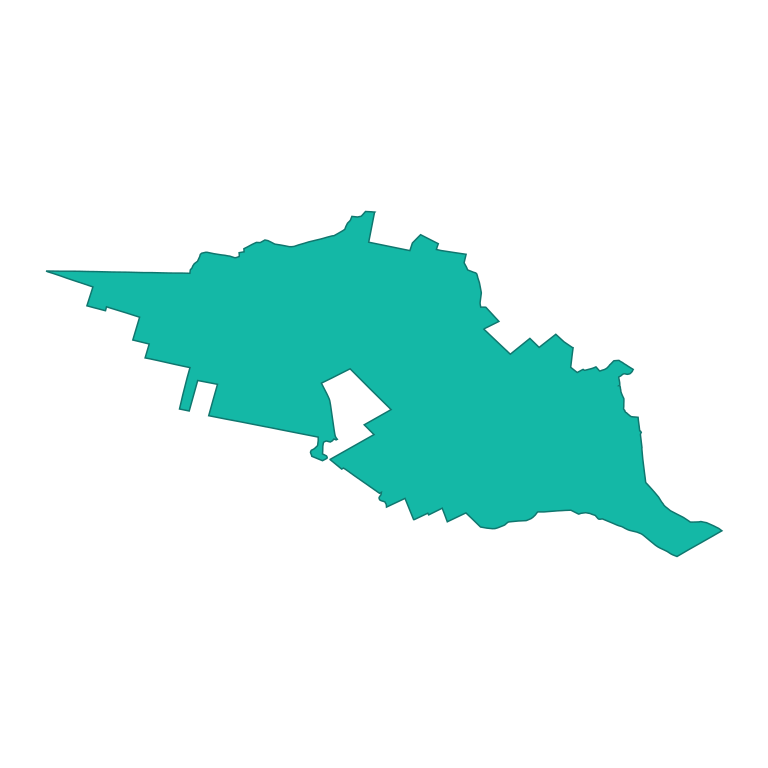 Doba, Satu Mare, Romania (Equal Earth projection)
{"feature_id": "2599482B56088376040975", "entity_name": "Doba", "entity_type": "district", "adm_level": 2, "iso_a3": "ROU", "parent_name": "Romania", "parent_adm1": "Satu Mare", "projection": "equal_earth", "projection_center": [22.698, 47.743], "detail": "fine", "context": "isolated", "style": "filled", "palette": "teal", "viewbox_px": 768, "rotation_deg": 0, "n_neighbors": 0, "source": "geoboundaries", "source_scale": "gbopen_adm2", "svg_char_len": 6018}
<svg xmlns="http://www.w3.org/2000/svg" viewBox="0 0 768 768"><path d="M123.9,312.2L136.8,316.3L139.6,317.2L132.8,340.0L135.7,340.7L149.2,344.0L145.1,357.9L149.8,358.8L158.1,360.6L173.6,364.1L182.8,366.1L190.0,367.6L187.2,377.5L182.7,395.2L179.5,409.0L189.2,411.0L197.7,380.5L217.5,384.3L213.2,399.5L208.7,415.7L224.9,418.9L241.4,422.0L318.2,437.1L318.2,438.7L318.2,440.7L317.9,443.0L317.7,444.9L317.6,445.4L317.2,446.0L316.0,447.1L315.2,447.9L314.1,448.8L313.5,449.2L312.7,449.6L311.4,450.2L311.1,450.6L310.5,452.1L310.5,452.6L311.8,456.0L311.8,456.3L322.5,460.7L326.7,458.5L327.2,457.9L327.2,457.6L327.1,457.1L326.5,455.9L322.5,453.9L322.6,452.6L322.7,451.6L322.8,447.9L322.8,446.5L323.2,443.9L323.5,442.6L323.8,442.1L325.0,441.5L326.2,441.0L327.2,441.2L328.2,441.5L330.3,442.0L332.4,440.8L333.9,439.0L334.1,439.0L334.4,439.3L334.7,439.4L335.2,439.4L335.5,439.5L335.8,439.8L336.0,439.9L336.3,439.8L336.7,439.6L337.3,439.3L336.4,438.2L335.6,436.9L335.2,435.9L334.7,433.5L334.2,430.4L330.5,404.8L330.0,402.0L329.7,400.5L329.3,399.2L328.4,397.1L327.0,394.1L321.4,383.2L322.1,382.8L326.6,380.6L331.7,378.1L337.6,375.1L350.1,368.8L370.6,389.4L391.1,409.6L364.2,424.8L374.0,434.6L330.1,459.4L330.1,459.6L341.7,469.1L343.5,468.1L345.6,469.4L355.2,476.3L362.8,481.6L379.5,493.3L381.4,492.3L381.0,494.7L380.2,495.8L379.4,496.9L379.0,497.9L379.2,498.7L379.6,499.7L380.3,500.3L381.5,500.8L383.5,501.4L384.9,501.9L385.4,502.9L386.2,504.3L386.4,505.7L386.5,507.1L405.0,498.4L407.6,504.8L413.6,519.6L414.3,519.6L427.8,513.2L428.7,514.9L442.2,508.2L444.8,515.0L447.3,521.8L453.8,518.7L465.9,512.9L472.0,518.7L480.5,527.0L486.7,528.1L492.5,528.7L495.0,528.6L497.5,527.9L503.1,525.7L504.7,525.0L507.1,522.9L508.4,522.0L511.1,521.7L518.4,521.0L526.3,520.6L530.9,518.7L532.9,517.3L535.3,515.0L536.8,513.0L537.4,512.2L537.8,512.0L538.3,511.9L539.2,511.9L544.2,511.9L557.9,510.8L562.1,510.6L565.1,510.4L570.6,510.2L571.1,510.3L578.2,513.9L578.8,514.1L579.4,513.9L580.5,513.5L581.1,513.3L585.7,512.7L590.1,513.5L591.0,513.9L591.7,514.2L595.2,515.4L596.0,516.3L598.0,518.6L598.5,519.0L599.2,519.2L600.2,519.2L601.7,519.0L602.3,518.9L603.1,519.2L612.7,523.2L617.3,525.2L619.3,525.9L621.5,526.5L623.2,527.3L624.9,528.3L627.6,529.6L629.4,530.3L633.1,531.2L636.9,532.1L641.0,533.7L641.9,534.2L643.3,535.2L649.3,540.2L655.4,545.2L657.9,546.9L660.3,548.2L664.2,550.0L667.2,551.5L670.9,553.9L672.9,554.9L677.0,556.5L689.0,549.5L702.3,542.0L721.9,530.8L718.9,528.5L717.8,527.9L716.5,527.3L713.8,525.9L706.6,522.7L703.5,522.1L701.2,521.6L700.9,521.5L700.5,521.6L698.9,521.9L696.1,522.0L692.3,522.1L691.0,522.1L690.4,522.1L690.2,522.0L689.1,521.2L683.7,517.6L682.6,517.0L676.7,514.0L670.4,510.7L667.5,508.3L665.3,506.6L663.7,505.0L663.5,504.4L661.5,501.8L658.6,497.1L655.0,492.8L649.8,486.9L645.8,482.6L645.6,481.7L645.2,478.2L644.6,473.7L642.8,459.2L641.8,448.2L642.0,447.9L640.4,434.5L640.6,433.8L640.8,433.2L641.3,432.4L640.5,431.1L639.7,430.8L639.2,426.5L638.8,423.5L638.4,420.5L638.1,417.3L637.1,417.2L634.9,417.0L633.3,416.9L631.8,416.7L631.0,416.5L630.6,416.3L629.5,415.4L627.8,414.0L626.4,412.7L625.7,412.4L624.8,411.2L624.9,410.9L624.8,410.5L624.5,410.1L624.0,409.7L623.7,409.3L623.6,408.7L623.8,406.2L623.8,403.8L623.9,401.2L623.9,399.4L623.8,398.4L623.2,397.3L622.3,395.3L621.5,393.4L620.9,391.6L620.7,389.6L620.5,389.0L620.3,387.3L620.1,386.4L619.7,385.8L619.0,385.7L619.8,385.2L619.7,382.7L619.3,380.4L618.8,378.1L618.7,377.1L618.8,376.9L619.4,376.7L620.0,376.3L620.8,375.9L621.5,375.3L622.0,374.9L622.4,374.5L623.1,374.1L623.6,373.9L624.2,373.8L624.8,373.8L625.4,373.9L626.0,374.1L626.6,374.2L627.4,374.3L627.7,374.3L628.5,374.1L629.4,373.9L629.8,373.8L630.2,373.5L630.9,372.9L631.7,372.1L632.4,371.1L632.7,370.5L633.0,369.7L633.2,369.4L627.7,366.0L626.1,364.9L624.2,363.8L622.6,362.6L620.2,361.3L619.2,360.5L618.8,360.4L618.5,360.4L614.5,360.7L613.9,360.8L613.7,360.9L611.8,362.9L610.5,364.2L609.7,364.9L609.1,365.8L607.8,367.2L607.0,368.0L605.5,369.0L604.2,369.6L603.2,369.9L602.1,370.2L601.4,370.5L600.3,370.9L599.7,371.0L599.4,370.8L596.2,367.1L596.0,366.9L595.9,366.9L595.2,367.2L594.1,367.7L592.4,368.3L591.1,368.7L586.1,370.0L585.0,370.3L584.6,370.3L584.3,370.2L583.2,369.4L582.8,369.5L577.2,372.5L570.7,367.3L572.2,354.5L573.1,347.7L572.2,347.4L564.1,341.9L555.8,334.3L539.1,347.4L537.2,345.5L529.9,338.4L510.3,354.2L501.6,346.0L483.9,329.2L484.1,329.0L484.5,328.6L498.9,321.4L485.9,307.3L485.7,307.2L480.7,307.1L480.1,303.7L480.1,302.5L481.2,294.0L481.2,293.7L481.3,293.4L481.3,292.6L480.3,287.2L479.4,282.6L477.7,277.4L477.5,276.3L476.8,274.0L476.2,273.3L475.4,272.8L473.7,272.3L467.8,270.0L467.3,269.2L466.9,268.1L466.4,267.0L464.1,262.8L466.1,254.3L453.3,252.4L440.9,250.5L436.4,249.5L437.1,247.1L438.3,243.7L435.1,242.1L420.6,234.7L418.4,236.9L412.4,243.0L409.9,250.6L406.4,249.9L368.7,242.2L374.5,212.5L374.9,212.1L374.4,212.0L373.4,212.0L371.5,211.8L365.5,211.5L363.2,214.1L361.3,216.2L357.6,217.0L351.9,216.4L350.3,220.4L347.5,223.2L345.9,226.4L344.8,229.3L343.1,230.5L338.3,233.3L334.0,235.7L332.1,235.9L327.1,237.2L323.7,238.2L320.4,239.1L314.9,240.4L312.9,240.9L308.7,241.9L304.2,243.3L303.5,243.5L298.6,244.9L294.2,246.4L291.8,246.7L289.4,246.7L284.4,245.7L280.6,245.0L274.8,244.1L273.1,243.2L270.6,241.9L267.9,240.6L264.9,240.0L260.2,242.6L256.4,242.4L252.1,244.4L247.5,246.9L243.9,248.7L244.1,251.8L239.1,252.7L239.3,255.0L239.2,256.5L237.4,257.2L235.8,257.7L234.6,257.7L229.7,256.1L228.0,255.9L225.0,255.3L221.5,254.9L213.9,253.7L207.2,252.3L205.6,252.3L201.7,253.2L200.3,254.4L199.7,256.6L197.5,261.3L194.3,263.7L192.7,266.1L192.1,267.8L190.3,269.9L189.9,273.3L182.3,273.1L176.2,273.1L168.2,273.0L159.1,272.8L151.1,272.6L143.5,272.6L135.4,272.4L127.7,272.2L119.6,272.1L111.7,272.0L103.7,271.8L95.8,271.6L87.8,271.5L79.8,271.3L72.0,271.2L63.7,271.2L59.9,271.2L46.1,271.0L47.5,271.7L53.6,273.6L61.3,276.2L66.6,278.1L73.4,280.4L92.9,286.9L91.8,290.5L88.6,300.5L86.9,305.8L93.5,307.6L97.8,308.7L104.9,310.6L105.5,310.7L106.5,306.8L111.5,308.4L123.9,312.2Z" fill="#14b8a6" stroke="#0f766e" stroke-width="1.5"/></svg>